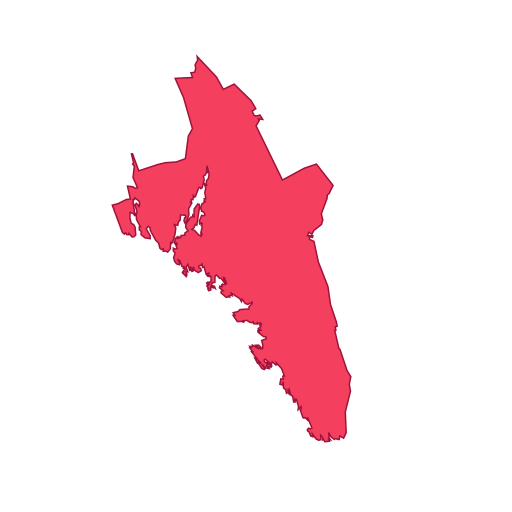 Søgne nor, Vest-Agder, Norway (Robinson projection), rotated 59°
{"feature_id": "86288312B80796740306495", "entity_name": "Søgne nor", "entity_type": "district", "adm_level": 2, "iso_a3": "NOR", "parent_name": "Norway", "parent_adm1": "Vest-Agder", "projection": "robinson", "projection_center": [7.753, 58.101], "detail": "fine", "context": "isolated", "style": "filled", "palette": "rose", "viewbox_px": 512, "rotation_deg": 59, "n_neighbors": 0, "source": "geoboundaries", "source_scale": "gbopen_adm2", "svg_char_len": 6158}
<svg xmlns="http://www.w3.org/2000/svg" viewBox="0 0 512 512"><g transform="rotate(59 256 256)"><path d="M420.5,244.6L414.0,242.1L408.3,236.9L401.2,237.0L379.3,232.1L377.7,232.5L360.3,226.8L360.7,225.7L357.5,224.7L358.1,222.7L354.1,221.1L335.9,217.1L319.3,210.1L293.1,205.6L273.3,198.8L269.4,201.5L266.8,200.5L269.2,198.0L267.9,196.9L265.0,201.3L262.8,198.6L266.1,196.8L263.9,193.3L262.7,183.7L259.6,180.2L253.5,178.3L243.3,165.5L240.5,163.5L240.0,161.0L235.2,153.6L208.3,156.9L205.6,169.5L204.5,194.2L144.5,188.9L141.5,183.4L139.7,183.3L142.4,179.9L137.2,180.0L136.3,183.4L134.7,185.2L129.9,184.8L129.6,180.3L120.3,180.2L97.4,186.2L96.3,198.2L82.2,197.7L54.7,203.7L58.0,205.1L60.8,209.8L64.1,211.0L66.9,213.9L65.4,217.4L70.3,218.5L62.1,233.8L82.9,236.5L114.1,244.9L118.3,252.2L136.2,266.4L134.3,276.0L129.4,285.5L127.1,292.7L122.6,312.6L104.8,309.2L104.3,310.2L113.0,312.9L113.7,314.5L116.1,313.9L125.4,321.0L136.4,322.4L135.9,324.5L133.0,326.1L129.9,330.2L142.5,334.3L140.8,338.0L140.1,347.1L138.4,353.0L167.1,358.4L169.5,357.5L168.8,356.3L169.4,355.7L171.1,355.8L172.2,354.1L171.2,353.2L175.8,352.5L176.7,350.6L176.0,348.2L169.1,344.8L166.0,344.7L163.7,346.1L158.2,344.4L153.8,341.5L156.3,339.4L159.6,339.0L147.7,334.2L144.2,332.1L145.0,331.0L143.7,329.8L148.9,328.0L152.1,329.2L151.8,330.3L154.2,330.7L149.3,331.3L149.6,333.4L157.0,335.2L157.9,336.8L163.3,339.7L171.5,340.0L170.9,341.0L173.5,342.6L175.5,341.7L178.6,343.5L183.3,341.8L186.7,337.7L183.8,336.2L176.2,336.1L175.1,333.5L176.7,332.2L179.7,333.4L190.9,333.9L194.7,332.8L199.8,334.4L201.8,333.7L202.2,331.8L204.1,333.1L205.3,330.7L207.2,329.7L205.7,325.7L201.0,322.6L200.4,321.8L201.7,321.8L201.4,320.5L195.8,314.4L190.7,310.3L187.0,309.8L189.5,307.4L186.7,304.8L186.3,302.6L181.9,299.5L184.7,295.6L186.4,295.9L186.4,297.4L188.8,299.7L191.4,299.9L189.9,296.7L186.2,292.3L180.8,289.5L177.6,283.8L176.2,284.6L176.2,283.4L174.1,282.5L175.2,281.0L171.9,278.5L173.9,278.3L173.8,277.2L168.1,270.1L168.2,268.8L169.8,268.7L169.8,267.1L164.1,261.2L160.5,260.0L160.4,257.5L159.1,255.7L159.6,254.3L157.8,254.7L153.4,251.5L161.6,254.0L165.0,256.9L166.0,259.6L168.7,261.7L168.1,262.1L169.4,261.7L170.6,261.8L167.1,263.0L172.1,264.2L175.2,267.2L181.0,269.5L180.3,271.0L183.1,271.6L182.4,272.3L183.2,272.5L183.6,275.8L186.3,278.6L189.7,279.6L191.1,278.3L194.2,278.3L194.7,279.9L193.2,281.7L196.9,286.6L199.4,287.7L199.3,285.7L200.5,285.4L201.2,287.2L203.2,286.9L206.8,290.5L210.7,291.5L208.7,291.8L210.7,292.9L208.2,294.3L202.4,295.5L200.2,297.3L199.8,294.6L197.6,291.7L199.1,290.9L185.3,279.4L182.5,278.1L181.4,279.1L183.9,284.9L190.3,288.8L188.4,289.1L189.7,290.1L189.1,292.3L192.6,299.7L195.2,301.5L199.5,301.4L199.6,305.0L201.5,306.4L199.8,309.6L201.4,311.1L201.1,312.4L199.8,312.2L200.5,314.0L199.0,313.7L199.5,316.0L202.7,319.2L204.6,319.0L203.5,317.7L204.3,317.3L205.8,318.0L205.5,319.1L208.9,319.7L208.5,321.7L206.7,322.8L209.1,324.3L211.7,323.7L215.0,327.5L218.6,328.5L221.8,328.2L224.0,326.2L222.7,325.1L217.9,324.9L220.7,324.4L220.7,323.6L226.9,324.9L228.1,323.3L229.1,324.6L230.2,322.7L231.2,325.6L233.1,326.1L231.6,326.3L232.4,327.7L236.9,326.6L236.2,326.0L237.4,325.9L236.0,324.6L233.2,323.9L234.4,322.6L229.5,321.6L228.1,318.8L234.8,320.4L231.9,317.9L234.1,317.2L235.1,318.0L234.4,318.8L236.2,318.9L236.5,317.9L233.8,316.4L233.8,315.4L236.3,316.2L240.5,314.0L240.4,310.4L237.9,309.8L236.5,311.0L234.9,310.0L235.7,308.0L235.0,306.4L238.3,307.6L238.5,306.1L246.2,308.2L247.1,307.9L246.2,307.3L246.3,305.3L248.6,307.7L249.9,306.1L248.5,305.5L251.2,305.5L254.7,307.8L254.3,310.0L256.7,310.5L253.6,310.7L253.7,312.2L255.4,311.7L256.6,312.1L255.8,313.0L256.9,313.7L259.4,313.1L259.4,314.3L261.4,314.4L261.9,312.3L258.9,310.4L260.9,309.3L259.6,308.8L262.7,307.6L260.7,307.2L258.2,309.3L256.5,307.7L257.4,304.8L252.3,301.6L251.8,299.7L256.4,298.7L257.3,297.4L262.2,296.9L257.8,294.8L258.7,294.2L264.4,295.5L264.5,296.6L262.8,296.5L264.2,297.7L263.1,299.4L262.6,298.6L263.1,300.4L264.8,300.8L263.2,302.7L264.6,303.7L268.8,302.0L268.3,303.9L269.6,305.0L276.0,302.9L277.1,300.4L276.3,299.9L277.4,299.5L276.5,299.1L276.7,297.7L277.8,296.9L275.1,296.3L284.1,291.9L287.5,292.0L285.8,290.2L291.2,289.7L293.3,287.9L293.5,283.2L294.8,283.9L295.9,288.2L297.8,289.2L293.6,297.4L294.3,300.2L292.8,304.7L296.0,304.7L295.0,306.2L302.6,305.8L305.1,301.3L306.2,301.1L306.2,300.2L304.9,300.3L306.5,297.0L309.9,295.3L311.2,293.6L310.9,292.4L312.9,292.8L314.9,290.1L313.8,289.2L315.7,288.5L315.5,286.6L317.2,286.5L317.3,289.1L317.4,287.7L318.7,287.8L319.5,291.6L321.3,291.4L321.1,290.0L322.1,289.9L321.1,292.5L323.4,291.9L321.3,293.0L322.4,293.5L329.1,291.0L330.5,289.0L332.2,289.8L331.3,294.6L336.3,296.2L338.9,298.3L337.0,300.6L336.7,298.8L333.7,299.7L332.4,302.2L336.7,300.9L336.9,301.5L330.4,305.0L331.7,306.1L330.2,307.9L331.9,307.8L331.6,308.7L337.5,307.8L334.8,309.3L346.2,307.8L343.1,309.6L348.7,309.9L348.8,308.5L347.1,307.9L349.4,306.8L350.3,307.2L348.9,307.6L349.8,309.2L355.5,308.9L357.6,307.4L357.0,306.1L353.2,306.9L352.7,306.3L357.0,305.9L355.1,302.8L357.6,302.8L357.9,304.2L359.4,302.5L357.3,302.4L358.9,300.3L356.0,299.5L359.1,299.6L357.7,298.8L355.2,299.6L355.8,300.4L354.3,301.8L355.3,302.2L353.1,302.0L354.1,300.9L353.2,300.8L352.1,302.7L350.6,303.1L349.4,302.8L349.2,301.2L355.0,299.3L356.1,297.9L355.0,296.6L359.7,295.1L359.9,294.1L358.3,293.5L365.6,292.1L373.4,293.4L372.6,294.2L373.1,295.1L375.7,296.0L374.1,298.0L378.2,301.6L380.1,299.9L377.7,297.3L383.2,300.4L385.9,299.5L389.3,300.5L389.0,299.4L391.1,298.7L387.5,297.6L388.4,297.2L387.5,296.3L393.1,297.8L395.0,296.8L400.6,298.9L401.3,297.6L398.0,296.1L400.3,296.7L399.9,295.3L406.7,297.0L409.4,299.0L408.3,295.0L410.4,295.8L410.6,297.3L418.5,299.0L419.7,298.4L419.7,297.1L423.1,296.3L420.8,294.9L432.1,296.6L432.3,298.4L430.7,299.5L431.2,301.4L432.5,301.9L434.0,301.1L438.4,301.8L440.2,300.5L437.5,299.3L444.8,298.6L444.1,298.3L446.3,297.2L446.8,295.0L443.0,292.9L445.8,292.3L447.9,293.6L447.8,292.7L450.7,292.6L452.6,288.4L450.5,288.1L451.9,286.9L449.8,287.1L444.7,284.7L449.7,284.9L453.5,283.4L453.4,282.2L456.2,279.2L453.4,276.9L457.3,274.7L453.9,269.7L435.7,259.8L420.5,244.6Z" fill="#f43f5e" stroke="#9f1239" stroke-width="1.5"/></g></svg>